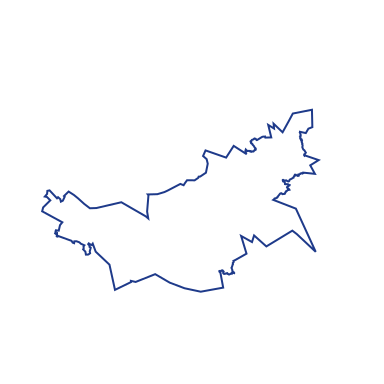 outline of Coneto de Comonfort, Durango, Mexico, rotated 110°
{"feature_id": "50627088B46470602439176", "entity_name": "Coneto de Comonfort", "entity_type": "district", "adm_level": 2, "iso_a3": "MEX", "parent_name": "Mexico", "parent_adm1": "Durango", "projection": "robinson", "projection_center": [-104.882, 25.009], "detail": "fine", "context": "isolated", "style": "outline", "palette": "blue", "viewbox_px": 384, "rotation_deg": 110, "n_neighbors": 0, "source": "geoboundaries", "source_scale": "gbopen_adm2", "svg_char_len": 5838}
<svg xmlns="http://www.w3.org/2000/svg" viewBox="0 0 384 384"><g transform="rotate(110 192 192)"><path d="M239.8,276.4L242.2,282.4L240.1,289.1L236.9,297.0L235.2,301.9L233.8,308.1L239.6,310.9L240.0,310.0L244.3,310.4L245.9,311.9L243.8,313.3L242.7,316.1L244.1,316.7L239.2,326.4L240.4,328.3L243.4,327.5L246.6,328.7L246.3,326.6L248.3,322.3L257.4,326.6L261.4,326.2L264.8,303.5L268.3,304.7L273.9,304.0L274.5,306.8L275.6,306.8L275.9,306.4L277.7,306.5L278.0,305.5L277.7,305.3L277.0,304.7L278.3,304.2L279.9,304.0L280.0,303.7L279.9,303.2L279.1,303.3L279.1,288.5L280.4,286.8L280.4,285.3L278.6,285.7L277.8,283.7L277.8,280.8L278.1,279.8L278.6,278.9L278.9,274.9L280.3,275.3L282.0,274.5L283.1,274.7L284.5,271.8L287.1,270.3L286.4,268.3L285.6,267.6L284.4,266.8L282.8,267.8L279.0,268.1L278.7,268.8L278.7,269.4L278.6,269.6L277.7,269.8L277.2,270.3L276.9,271.0L276.6,270.7L276.2,271.6L275.6,271.4L275.8,271.0L275.9,270.8L275.9,270.5L276.1,268.0L274.5,267.6L281.0,262.1L288.5,244.7L310.3,230.9L297.5,218.5L296.4,219.0L295.8,214.2L281.8,198.5L284.8,181.9L285.0,166.1L282.7,149.7L271.2,130.0L258.1,137.7L258.1,137.9L257.7,138.3L257.7,138.7L257.2,139.2L256.9,139.3L256.8,139.2L256.8,138.9L256.6,138.4L256.5,138.0L256.0,137.3L255.7,137.4L255.4,137.1L255.2,136.7L255.3,136.2L255.7,136.1L255.8,135.9L255.8,135.6L256.0,135.3L256.0,135.1L256.7,135.1L257.4,135.1L257.6,134.7L257.8,134.5L258.0,134.2L257.8,133.3L257.6,133.3L256.6,131.7L256.3,131.4L256.2,131.2L256.5,130.9L256.8,130.7L256.7,130.3L256.6,130.2L256.8,129.7L256.9,129.0L256.4,128.4L256.0,128.1L255.8,127.8L255.7,127.8L255.5,127.5L255.0,127.3L255.1,126.7L253.9,126.7L254.4,126.4L254.4,126.2L254.1,125.6L254.1,125.9L253.9,125.9L253.8,125.4L253.8,124.6L253.7,124.6L253.2,125.2L253.3,125.5L253.1,126.1L252.9,126.2L252.8,126.3L252.9,126.6L252.2,127.2L251.4,127.5L251.0,127.8L250.9,127.9L250.0,128.8L249.5,129.0L249.1,128.8L248.8,128.8L248.2,128.9L247.4,128.8L246.9,129.0L245.8,128.8L244.8,129.4L243.7,128.9L243.0,129.1L242.6,129.5L240.8,127.8L231.3,119.7L216.5,130.8L218.5,118.5L211.6,118.8L217.7,103.5L194.0,84.5L195.7,79.1L205.9,55.3L172.1,88.7L171.6,112.9L171.0,112.5L170.5,112.4L170.2,112.2L169.9,112.2L169.7,112.0L169.2,111.0L169.0,110.8L168.5,110.6L168.4,110.3L168.3,110.1L167.8,109.9L167.5,110.0L167.1,109.9L167.0,109.7L166.3,109.6L165.7,109.4L164.9,109.1L163.8,108.8L163.2,108.5L163.1,108.2L162.8,108.0L162.6,107.7L162.8,107.0L163.1,106.3L163.0,106.1L162.7,105.9L162.6,105.5L162.6,105.3L162.4,105.0L162.3,104.7L162.1,104.3L161.8,104.1L161.6,104.1L161.2,104.2L160.9,104.1L160.5,104.2L160.2,103.9L159.8,103.9L159.5,103.8L159.2,103.9L158.5,103.3L158.4,103.1L157.9,103.0L157.6,102.8L157.5,102.7L157.1,102.0L156.6,101.2L156.5,101.3L156.6,101.6L156.2,101.9L155.9,102.3L156.0,103.0L155.8,103.1L155.5,103.8L155.2,103.8L154.9,104.1L154.9,104.3L154.7,104.3L154.6,104.1L154.4,104.1L153.6,103.4L152.9,103.2L152.4,102.6L152.2,102.6L152.3,103.1L152.1,103.3L152.1,104.1L151.9,104.5L152.2,104.8L152.1,105.5L152.5,106.1L152.5,106.3L152.8,107.2L152.8,107.3L152.2,107.5L151.7,107.9L150.9,108.3L150.8,108.7L150.9,109.3L150.9,110.0L150.6,110.3L150.2,110.6L149.6,110.8L149.5,110.7L149.4,110.4L149.6,109.4L149.6,109.0L148.8,107.3L149.1,106.5L149.2,105.3L149.1,105.0L148.9,104.7L148.3,104.4L148.0,104.5L147.5,104.5L146.7,104.2L146.3,103.7L144.7,102.3L144.4,102.1L144.1,102.0L143.8,101.5L142.8,101.6L142.5,101.4L142.2,101.5L142.0,101.4L141.8,101.0L141.6,101.0L141.0,101.3L140.5,101.2L140.3,100.5L140.7,100.0L140.7,99.6L140.4,99.3L140.4,98.9L140.3,98.7L140.0,98.5L139.9,98.2L140.0,98.0L140.4,98.0L140.6,97.9L140.3,97.3L139.9,97.3L139.6,97.5L139.2,97.3L138.9,97.6L138.6,97.0L138.2,96.7L138.0,96.4L137.5,96.4L137.3,96.0L136.9,95.7L136.8,95.4L136.9,94.9L136.6,94.7L136.8,94.5L136.4,94.1L136.1,93.7L135.7,93.9L132.9,82.7L126.5,90.0L118.7,83.9L119.0,98.3L119.5,98.6L119.1,99.2L118.4,99.4L118.3,99.2L116.9,98.7L116.1,98.5L114.3,100.8L114.1,101.7L113.5,102.5L112.4,103.4L112.1,103.7L111.4,103.8L110.8,103.8L109.6,104.5L109.3,104.9L108.8,104.8L108.6,104.9L108.0,105.6L107.8,105.7L107.7,105.9L107.5,106.0L107.1,106.0L106.6,106.6L106.3,106.2L106.2,106.2L106.0,106.9L105.7,107.3L105.4,107.3L105.3,107.0L105.2,106.9L105.0,107.1L105.2,107.6L104.9,108.4L104.6,108.3L104.2,108.7L103.8,108.9L103.5,108.9L103.2,109.4L102.8,109.3L102.5,109.1L102.2,109.3L101.9,109.3L101.7,109.5L101.3,109.3L100.4,110.0L100.1,110.3L99.7,110.4L99.2,111.0L99.0,110.9L98.5,111.1L97.7,105.2L92.7,104.3L89.9,101.1L73.7,107.4L83.8,124.1L92.2,125.3L104.9,127.3L99.9,138.7L104.3,136.6L102.9,143.3L113.6,136.2L115.8,141.7L114.9,142.4L115.3,142.9L115.5,143.8L115.7,144.2L116.3,145.0L121.0,148.7L121.1,148.9L121.1,149.1L120.3,150.2L120.2,150.5L120.4,151.0L120.3,151.5L120.7,151.9L121.2,152.0L121.4,152.2L121.6,152.3L122.5,153.5L123.6,153.8L123.8,154.0L124.4,154.3L124.7,154.1L124.7,153.9L125.0,153.6L125.0,153.4L125.4,153.4L125.6,153.4L126.0,153.1L126.0,152.7L126.2,151.8L126.5,151.6L126.5,151.4L126.7,151.2L127.0,151.0L127.2,150.4L127.5,149.9L127.7,149.5L127.9,149.3L128.0,149.1L128.6,148.6L129.0,147.9L129.2,147.7L129.1,147.4L129.4,147.0L129.8,147.0L130.0,146.7L130.4,146.7L130.4,146.9L130.5,147.1L130.7,147.4L131.2,147.3L131.3,147.5L131.8,147.8L132.2,147.8L132.5,148.0L132.9,148.1L133.0,148.5L133.0,148.8L133.2,149.0L133.8,149.7L134.0,150.1L134.0,150.6L133.5,150.9L133.7,151.2L133.7,151.4L133.9,151.6L133.7,151.9L133.9,152.7L134.3,153.4L134.6,154.1L134.3,154.7L134.1,155.0L134.1,155.3L133.7,156.0L133.9,156.0L134.3,155.8L134.9,155.9L135.3,155.6L135.8,155.6L136.2,155.4L136.8,154.6L137.0,154.3L137.3,154.3L137.6,154.4L134.4,168.6L148.0,171.7L148.3,193.5L154.4,193.9L156.1,189.5L160.0,186.9L169.1,185.5L174.7,189.6L175.3,191.0L176.6,191.0L180.1,193.5L182.7,200.7L186.2,201.7L188.5,202.2L188.4,205.7L198.9,215.3L201.5,217.9L205.9,223.8L209.4,232.7L210.0,231.8L225.7,227.5L231.8,224.1L230.7,227.1L225.8,254.9L239.8,276.4Z" fill="none" stroke="#1e3a8a" stroke-width="2"/></g></svg>